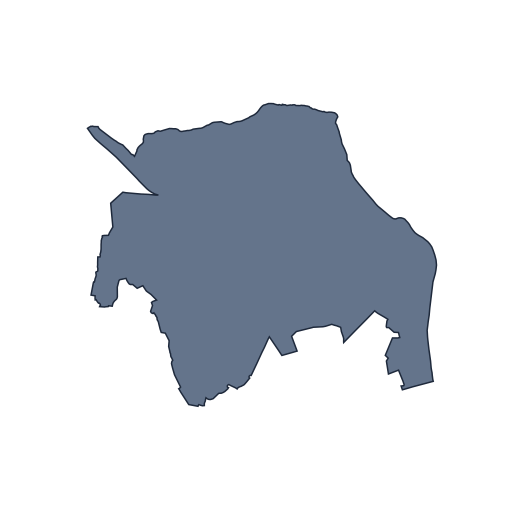 4e Arrondissement, Analamanga, Madagascar, rotated 160°
{"feature_id": "10022922B42847936410668", "entity_name": "4e Arrondissement", "entity_type": "district", "adm_level": 2, "iso_a3": "MDG", "parent_name": "Madagascar", "parent_adm1": "Analamanga", "projection": "orthographic", "projection_center": [47.516, -18.933], "detail": "fine", "context": "isolated", "style": "filled", "palette": "slate", "viewbox_px": 512, "rotation_deg": 160, "n_neighbors": 0, "source": "geoboundaries", "source_scale": "gbopen_adm2", "svg_char_len": 6139}
<svg xmlns="http://www.w3.org/2000/svg" viewBox="0 0 512 512"><g transform="rotate(160 256 256)"><path d="M132.3,77.6L132.1,79.5L131.1,83.9L130.5,86.1L130.2,88.2L129.7,90.9L127.9,97.6L125.4,109.3L123.2,118.5L122.5,121.2L120.9,126.5L120.6,127.6L118.6,131.5L116.7,135.3L113.6,141.0L110.5,147.6L98.6,171.1L93.6,178.1L91.6,181.5L89.5,185.7L88.2,190.6L87.7,195.8L87.6,200.8L87.7,204.3L88.6,207.9L89.7,210.7L91.4,213.5L93.0,216.2L96.0,219.6L97.6,221.8L98.7,223.6L99.7,226.4L100.7,230.1L101.1,233.1L101.8,235.4L102.8,237.7L103.6,239.7L104.6,240.8L106.5,242.2L108.6,243.0L110.2,243.1L111.7,243.0L112.7,243.3L113.9,244.0L114.6,244.6L117.2,248.6L122.0,257.0L124.4,261.0L125.6,263.8L127.0,268.0L130.9,278.1L134.7,288.5L136.3,293.3L137.2,296.6L137.3,298.3L137.6,300.2L137.7,302.3L137.3,304.0L136.3,309.0L136.3,311.3L136.8,313.0L137.6,314.6L136.0,320.2L136.2,326.2L136.6,330.1L136.8,331.7L136.6,333.9L136.1,336.1L135.7,342.8L135.4,344.2L135.4,345.7L135.4,348.5L135.3,351.6L135.4,352.0L135.6,352.7L135.9,353.3L135.4,354.6L134.8,355.5L133.4,357.2L132.5,358.0L131.9,358.4L131.5,359.1L131.6,361.1L132.5,362.8L133.2,363.7L135.7,365.2L138.3,366.3L139.7,366.5L141.0,367.0L142.2,367.9L142.7,368.6L143.7,368.6L148.1,371.6L148.9,372.5L150.6,373.9L151.8,374.3L152.9,375.1L153.3,376.1L153.7,376.3L154.4,376.9L155.0,378.3L155.8,378.8L156.6,379.4L157.9,380.0L159.3,381.0L160.8,381.5L161.3,381.9L162.3,382.2L163.3,382.3L167.1,383.8L167.8,384.8L169.7,385.5L170.6,385.4L171.8,386.1L175.4,386.8L176.0,387.2L176.5,387.9L177.5,388.4L178.6,388.7L178.9,389.4L179.4,389.5L179.6,389.0L180.0,389.1L180.4,388.9L182.5,390.4L182.8,390.4L183.2,390.2L184.2,390.7L186.5,392.3L187.5,393.2L188.7,393.7L190.4,394.4L192.2,395.0L195.7,395.0L197.1,395.2L198.5,394.9L200.6,393.9L202.3,392.8L204.0,391.6L205.7,390.6L207.4,389.9L209.1,389.4L210.3,389.2L214.1,388.9L215.5,388.4L223.1,387.8L224.6,387.9L226.0,388.2L227.9,388.8L231.0,388.9L234.2,388.6L235.6,388.7L236.3,388.9L239.6,391.2L241.3,392.7L242.0,393.5L242.8,394.1L249.7,396.0L251.4,396.2L255.9,395.3L257.1,395.6L262.1,394.8L263.0,394.8L264.1,394.9L265.8,395.4L271.7,396.7L273.8,396.5L276.2,396.9L277.5,397.4L279.6,397.7L281.3,398.1L282.3,398.2L283.5,398.5L284.4,399.0L285.2,399.8L285.6,400.6L286.1,401.5L287.0,402.3L287.9,403.0L290.1,403.8L291.5,404.5L293.7,405.4L299.9,405.8L302.4,405.9L303.1,405.9L303.5,406.1L305.3,407.2L308.2,407.1L309.6,406.4L310.1,406.3L312.0,406.6L315.4,407.9L317.5,408.1L318.6,408.1L319.1,407.9L320.2,407.3L322.0,404.3L322.3,402.9L323.0,401.3L324.7,400.3L327.1,399.5L328.2,399.0L329.7,398.2L331.3,396.7L331.6,396.4L332.0,395.4L336.1,391.2L337.1,393.4L338.3,394.0L340.1,399.0L341.4,401.6L343.2,405.9L344.8,407.4L346.5,409.2L347.3,410.2L347.9,411.3L349.6,413.4L351.7,416.4L359.4,428.4L360.0,429.9L360.2,431.6L361.5,432.1L364.1,433.1L365.1,433.9L365.9,434.0L366.2,434.0L366.7,434.4L369.2,434.0L370.7,433.6L368.5,425.4L367.2,421.6L363.8,415.2L359.2,407.2L353.5,396.6L341.4,369.7L340.0,366.1L335.6,356.6L334.1,354.0L332.5,351.8L329.9,348.8L328.2,347.6L326.9,346.6L329.3,347.5L335.8,350.6L343.0,353.6L356.5,359.9L359.3,361.5L374.5,355.3L380.6,332.2L385.8,327.9L387.6,325.9L391.5,327.2L393.4,327.6L393.9,326.9L393.9,326.1L394.7,325.5L396.3,323.1L396.5,322.3L397.5,320.1L399.2,315.5L400.5,312.9L402.0,310.8L402.2,309.6L402.9,308.5L405.0,309.2L407.1,303.9L407.9,301.6L408.4,300.7L408.7,300.0L408.8,299.1L408.9,298.2L409.4,297.1L409.7,296.2L410.2,295.8L411.4,295.8L411.8,295.7L412.2,295.2L412.5,293.6L412.6,293.1L412.8,292.5L413.5,291.4L415.0,289.6L415.9,288.1L416.8,286.8L417.3,287.0L417.5,287.1L418.1,286.3L424.4,275.7L420.8,273.6L421.8,271.1L422.1,269.7L421.2,269.7L420.9,268.1L420.6,266.8L420.3,266.3L420.2,265.6L419.6,265.5L419.0,264.4L418.9,263.6L419.1,262.7L419.8,262.5L420.3,261.9L416.5,260.2L415.5,259.8L414.4,259.7L413.6,259.4L413.0,259.3L412.6,259.1L412.1,259.0L411.8,259.1L411.8,259.5L411.5,259.7L408.7,258.2L408.2,258.0L407.8,258.7L406.9,260.1L406.2,260.8L405.5,261.4L404.8,261.8L404.2,262.2L402.7,262.8L401.8,263.2L401.1,263.8L400.2,265.1L399.0,268.5L397.0,274.2L393.3,279.6L393.1,279.8L392.5,280.2L391.9,280.3L385.8,279.4L385.7,277.1L385.2,274.7L384.7,273.1L383.8,272.2L381.6,271.4L378.7,266.3L372.5,266.8L371.1,260.8L370.4,259.6L367.8,255.8L364.5,248.6L368.3,248.6L370.1,248.1L370.2,244.8L374.0,240.0L373.9,239.2L373.9,238.7L373.5,238.1L372.6,237.3L371.4,237.5L371.4,236.8L371.3,236.4L370.8,235.9L370.7,235.6L370.6,234.8L370.7,234.6L370.5,234.0L370.6,233.7L370.4,233.4L370.3,232.8L370.2,232.5L370.1,232.0L370.3,231.2L370.6,230.7L370.5,230.0L370.6,229.5L370.6,229.1L370.4,228.6L370.3,227.6L371.1,220.1L371.2,216.6L367.6,214.5L366.6,206.1L369.0,200.9L369.7,195.0L369.9,194.6L369.7,193.4L370.1,192.1L370.4,190.4L370.1,189.1L369.9,186.5L370.4,186.2L371.3,185.4L372.2,183.8L372.4,182.2L372.7,179.4L373.2,172.3L371.7,158.6L373.2,157.8L374.0,157.7L373.8,156.9L373.2,153.4L370.0,139.4L361.9,134.6L361.0,135.6L360.5,135.9L359.0,134.6L357.6,133.6L355.7,133.1L355.1,134.8L354.6,135.6L353.3,137.0L352.1,139.1L351.5,139.9L350.8,138.7L350.1,137.9L349.1,137.2L347.8,136.7L346.1,136.6L345.0,136.6L338.0,139.7L335.4,138.9L333.4,139.0L331.7,139.3L328.0,140.8L326.9,141.7L327.5,142.1L327.7,142.7L327.5,143.4L327.2,144.0L326.7,144.3L325.5,144.5L324.1,142.9L320.3,139.1L319.2,137.5L318.5,138.1L317.4,138.5L316.0,138.7L314.6,138.6L313.4,138.8L311.9,139.0L311.0,139.2L307.9,140.9L303.7,143.4L304.0,143.8L304.0,144.3L303.9,144.8L303.7,145.1L303.5,145.4L302.7,145.7L302.3,145.8L301.9,145.7L301.4,145.4L291.9,154.8L283.3,163.5L279.4,167.2L276.8,169.9L273.0,173.8L271.1,175.5L267.0,159.2L265.7,153.7L254.7,152.9L249.9,152.6L250.0,168.4L243.9,171.2L227.6,169.5L226.7,169.5L217.2,166.6L214.7,166.2L208.2,165.9L206.1,164.2L204.3,163.0L200.9,160.1L200.9,159.7L201.6,155.8L201.7,149.9L201.9,148.3L203.0,145.4L203.2,144.7L187.0,152.5L174.1,158.6L163.2,163.9L162.3,162.2L160.9,160.2L156.2,154.6L153.7,151.4L155.2,150.1L157.3,146.1L157.8,144.9L157.6,144.0L155.7,143.3L152.3,137.1L148.3,135.4L148.8,130.2L150.9,130.5L155.8,132.3L168.5,118.4L166.7,114.8L169.4,112.7L171.9,99.8L161.1,100.0L160.7,88.2L160.8,84.5L161.5,83.6L164.1,84.2L164.2,80.2L159.9,79.9L153.6,79.5L132.3,77.6Z" fill="#64748b" stroke="#1e293b" stroke-width="1.5"/></g></svg>